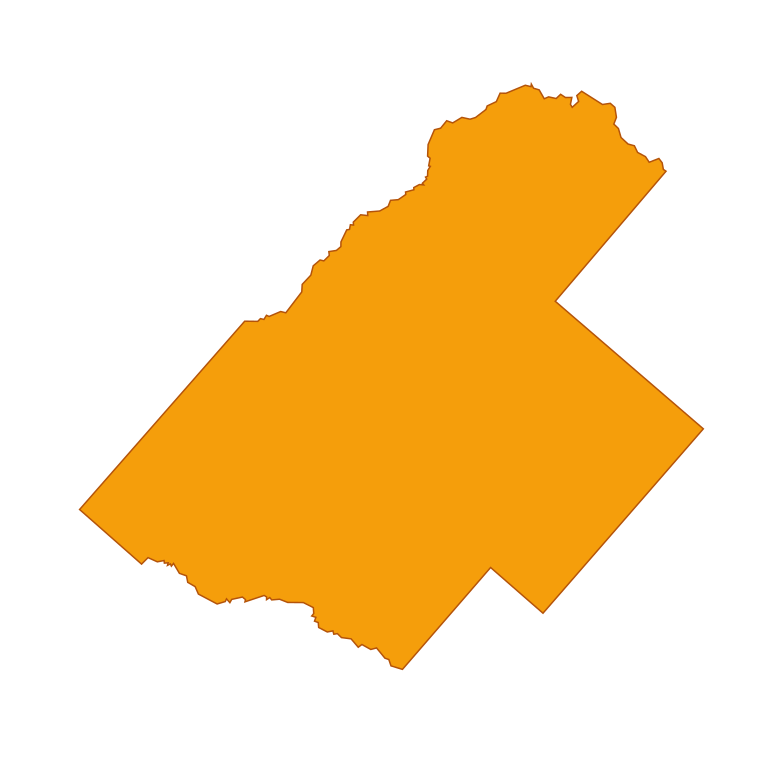 Zapala, Neuquén, Argentina, rotated 355°
{"feature_id": "61730980B1496247249680", "entity_name": "Zapala", "entity_type": "district", "adm_level": 2, "iso_a3": "ARG", "parent_name": "Argentina", "parent_adm1": "Neuquén", "projection": "albers", "projection_center": [-69.903, -38.894], "detail": "medium", "context": "isolated", "style": "filled", "palette": "amber", "viewbox_px": 768, "rotation_deg": 355, "n_neighbors": 0, "source": "geoboundaries", "source_scale": "gbopen_adm2", "svg_char_len": 1956}
<svg xmlns="http://www.w3.org/2000/svg" viewBox="0 0 768 768"><g transform="rotate(355 384 384)"><path d="M377.5,669.9L474.2,576.1L522.4,626.2L698.2,456.5L561.8,316.5L683.5,196.6L681.0,194.6L680.4,187.9L677.5,183.3L667.5,186.2L664.3,180.3L656.8,175.4L654.2,168.5L648.0,166.2L641.6,159.1L639.8,149.9L635.6,145.1L638.8,138.6L638.1,128.5L633.9,124.1L626.0,124.6L606.4,109.6L601.2,113.5L602.5,119.5L595.6,124.8L594.1,121.7L596.1,114.9L589.7,114.4L585.2,110.8L580.4,114.6L573.0,112.3L568.5,113.8L564.2,104.5L558.8,102.4L556.9,98.1L556.3,100.6L550.8,98.7L530.9,105.0L525.0,104.4L520.5,112.5L511.0,116.0L509.5,119.4L498.4,126.5L492.8,127.7L484.8,125.2L475.2,129.9L469.4,127.2L462.7,134.1L456.4,135.1L448.8,149.3L447.3,160.8L449.6,163.1L447.5,170.6L449.1,171.2L446.2,175.1L445.5,180.8L443.4,181.5L444.4,183.6L439.7,187.4L440.9,189.1L436.6,188.4L430.8,190.9L430.7,193.1L422.2,194.6L422.2,197.1L414.3,201.6L406.5,201.6L403.6,207.4L394.7,211.3L382.6,211.2L382.5,214.8L375.5,213.4L367.5,220.1L367.5,223.0L364.4,222.4L363.1,227.0L360.3,227.2L353.5,238.7L353.0,243.4L348.2,246.8L340.6,247.3L340.7,251.2L334.8,256.1L331.1,254.9L323.8,260.1L320.6,269.2L311.2,277.6L310.1,285.1L292.4,304.5L287.4,302.8L275.4,306.7L272.9,305.3L270.0,309.2L266.6,308.1L263.7,310.6L250.7,309.3L69.8,482.5L126.8,542.3L133.8,536.4L142.7,541.4L149.5,540.7L149.6,543.3L153.4,543.3L152.5,545.8L155.5,544.6L156.3,546.9L158.7,544.4L163.7,554.8L170.5,557.9L171.2,564.5L178.2,569.4L180.8,577.1L198.6,588.6L206.9,586.9L208.4,584.3L211.4,588.4L213.5,585.3L224.4,583.9L227.2,586.7L226.5,588.9L246.2,584.2L248.5,585.9L248.2,588.6L251.6,586.8L253.3,589.3L261.2,589.3L269.0,593.2L284.6,594.7L294.1,600.6L294.0,606.5L291.8,608.8L295.8,610.5L294.1,614.2L297.7,615.9L297.7,620.9L305.9,626.1L311.6,625.5L312.2,628.9L315.8,628.6L319.5,632.9L329.0,635.0L335.4,644.0L339.3,641.6L347.7,647.3L353.6,646.3L361.0,657.2L364.8,658.9L366.4,665.4L377.5,669.9Z" fill="#f59e0b" stroke="#b45309" stroke-width="1.5"/></g></svg>